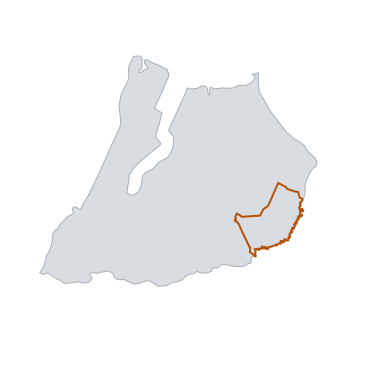 Podor, Saint-Louis, Senegal (highlighted), rotated 114°
{"feature_id": "50182788B66510054428140", "entity_name": "Podor", "entity_type": "district", "adm_level": 2, "iso_a3": "SEN", "parent_name": "Senegal", "parent_adm1": "Saint-Louis", "projection": "robinson", "projection_center": [-14.416, 16.094], "detail": "fine", "context": "in_parent", "style": "outline", "palette": "amber", "viewbox_px": 384, "rotation_deg": 114, "n_neighbors": 0, "source": "geoboundaries", "source_scale": "gbopen_adm2", "svg_char_len": 7879}
<svg xmlns="http://www.w3.org/2000/svg" viewBox="0 0 384 384"><g transform="rotate(114 192 192)"><path d="M288.0,177.0L292.1,185.1L291.2,189.0L290.3,194.6L292.6,198.8L295.4,201.5L297.4,203.9L299.6,207.4L299.9,214.1L299.5,219.0L301.0,221.3L302.2,224.1L301.9,226.4L301.2,228.5L298.5,231.2L298.1,236.3L302.4,242.4L305.2,245.8L305.1,247.7L305.9,249.8L307.9,252.3L309.2,251.7L310.6,249.7L311.2,248.3L314.9,248.9L316.6,249.6L319.0,253.6L319.9,256.3L320.5,259.6L323.0,263.8L325.1,266.8L325.6,268.6L327.5,271.1L326.3,276.7L326.5,279.5L325.2,287.0L324.9,290.5L325.0,291.8L327.9,294.5L327.6,298.3L324.6,297.6L319.5,297.2L309.1,299.1L305.5,298.3L298.7,298.6L293.9,299.7L287.7,302.1L283.0,301.5L280.4,299.6L277.0,299.7L273.2,298.7L269.1,296.8L265.3,295.9L261.3,292.4L259.4,291.8L258.1,292.7L257.0,293.9L255.8,294.6L253.7,293.9L252.8,291.6L253.5,289.3L253.7,287.6L252.7,286.7L250.2,286.4L246.3,286.4L239.9,285.7L238.4,285.3L224.1,284.7L209.3,284.6L196.7,284.5L180.8,284.5L169.6,284.4L159.2,284.4L151.2,288.9L142.5,293.9L130.8,296.6L117.3,295.6L113.0,296.3L108.5,298.5L105.2,300.1L100.6,301.1L94.6,300.3L92.2,300.8L90.7,298.5L88.9,294.8L90.0,292.1L93.7,290.4L99.2,288.1L102.1,289.3L103.8,289.4L104.1,287.9L103.5,287.1L99.4,285.2L97.3,282.6L95.5,284.1L93.9,287.3L92.6,288.2L90.8,289.1L89.7,287.0L89.3,284.9L90.1,283.2L89.7,274.1L90.2,269.2L90.0,265.0L92.6,262.2L95.0,260.4L104.7,260.3L113.6,260.1L122.3,260.2L131.0,260.3L131.9,251.8L134.7,251.1L138.9,250.3L146.6,249.2L155.3,248.2L157.1,246.6L158.6,243.7L159.5,241.2L161.3,240.1L163.7,241.0L166.8,242.3L170.1,244.4L173.9,246.3L176.4,247.5L182.4,250.5L192.7,254.7L201.2,256.3L211.5,253.3L218.9,251.3L219.8,247.6L218.6,244.1L213.1,240.8L205.6,241.2L203.3,242.0L199.8,243.1L197.7,243.6L194.2,242.8L189.7,240.0L186.9,237.1L182.9,235.8L178.3,234.5L170.8,228.6L166.9,227.6L163.2,227.2L156.0,228.4L149.1,231.5L145.4,238.6L138.5,238.5L123.7,238.3L110.1,238.1L98.9,238.6L97.8,233.4L95.1,229.3L90.8,225.8L89.9,222.6L91.4,219.7L95.5,217.4L96.5,215.7L94.3,216.0L91.0,217.5L88.8,217.6L88.6,213.1L84.9,207.3L80.8,197.4L76.2,193.4L72.3,185.5L68.2,182.4L64.4,181.0L61.2,181.3L60.1,184.9L56.1,179.7L61.5,177.8L73.2,171.3L86.7,152.5L98.8,130.3L100.4,125.0L101.8,121.1L102.8,112.0L104.6,106.6L106.2,105.5L108.2,101.4L110.7,94.1L113.5,90.1L116.6,89.3L119.0,89.6L120.8,91.1L125.8,92.1L134.2,92.4L140.7,91.3L145.3,88.8L151.3,87.5L158.8,87.5L162.7,86.4L163.1,84.4L164.1,83.7L165.6,84.6L167.1,84.2L168.5,82.7L169.8,82.6L171.2,83.9L177.4,84.3L188.6,83.8L198.8,87.6L208.3,95.8L213.1,101.2L213.4,103.9L215.0,106.6L217.8,109.4L220.4,109.9L222.8,108.2L224.6,108.4L225.9,110.5L228.6,110.9L231.6,109.6L233.8,110.1L234.2,111.3L234.6,112.0L236.1,112.3L238.1,113.9L240.8,118.2L243.0,124.3L244.8,132.0L247.0,136.2L249.9,136.9L251.5,138.5L251.8,140.3L252.7,141.6L254.0,142.3L256.4,141.9L259.2,144.5L262.2,150.2L262.7,152.7L262.2,154.1L262.4,155.1L264.4,156.1L266.3,157.9L267.9,160.7L271.2,163.2L276.3,165.4L280.0,168.6L282.3,172.9L287.0,176.6L288.0,177.0Z" fill="#d9dde1" stroke="#a8b0b8" stroke-width="1"/><path d="M148.7,116.9L161.3,116.9L162.6,116.8L162.9,116.9L165.3,116.8L167.3,116.9L167.7,116.8L173.9,116.9L178.8,119.9L180.0,119.9L185.5,120.2L185.9,120.2L188.9,126.0L189.4,126.8L194.2,136.0L194.1,136.9L194.2,137.6L194.0,138.0L193.7,139.1L193.6,139.4L193.5,139.6L193.8,141.4L193.7,141.5L193.4,142.2L193.5,142.4L197.4,142.3L198.4,141.2L198.8,140.8L199.2,140.8L199.3,141.0L199.6,141.0L199.7,141.3L199.9,141.4L200.1,141.4L200.4,141.3L200.5,141.3L201.0,140.5L201.2,140.4L201.2,140.2L200.9,139.1L200.9,138.8L200.9,138.7L201.1,138.4L201.8,137.0L202.0,136.6L203.1,135.4L206.3,131.8L212.1,125.2L212.6,124.5L213.8,123.0L215.0,121.6L216.2,120.3L217.4,118.8L218.6,117.4L218.7,116.8L218.7,116.7L218.9,116.5L220.6,115.7L223.4,114.6L223.4,114.2L223.7,113.0L223.9,112.0L224.0,111.6L224.2,110.7L224.3,110.2L224.3,109.8L224.3,109.4L224.8,108.9L225.1,108.5L225.2,108.4L225.2,108.1L225.0,107.8L224.9,107.7L224.7,107.7L224.4,107.9L223.9,108.3L223.4,109.0L222.9,109.3L222.7,109.4L222.2,109.6L221.6,109.6L221.1,109.5L220.8,109.6L220.2,110.0L219.6,110.3L219.4,110.5L219.1,111.1L218.9,111.4L218.7,111.5L218.5,111.2L218.4,111.0L218.3,110.6L218.0,110.5L217.9,110.4L217.7,109.7L217.4,109.3L217.4,109.1L217.3,108.8L217.4,108.5L217.5,108.3L217.8,108.0L217.8,107.8L217.8,107.6L217.6,107.3L217.5,107.2L217.2,107.0L216.9,107.1L216.6,107.3L216.4,107.3L216.2,107.3L215.9,107.1L215.6,106.6L215.5,106.0L215.6,105.5L215.5,105.4L215.4,105.4L215.2,105.5L214.9,105.5L214.7,105.2L214.1,105.3L213.6,105.6L213.2,105.7L213.3,105.2L213.3,104.6L213.4,104.2L213.5,103.9L214.2,103.4L213.9,103.1L213.6,103.0L213.4,102.9L213.1,103.0L212.8,103.0L212.6,103.0L212.5,102.9L212.5,102.6L212.5,101.8L212.4,101.6L212.5,101.4L212.8,101.2L213.1,101.2L213.3,101.3L213.5,101.4L213.8,101.4L213.9,101.0L213.6,100.5L213.6,100.2L213.4,100.1L213.3,99.9L213.2,100.0L213.1,99.9L212.6,99.7L212.1,99.3L211.7,99.3L211.1,99.4L210.8,99.4L210.7,99.2L210.4,98.5L210.2,98.1L209.4,97.2L209.1,96.9L209.0,96.6L208.9,96.5L208.4,96.0L208.2,95.9L208.0,95.7L207.5,95.5L207.4,95.4L207.3,94.9L207.2,94.8L207.0,94.5L206.5,94.1L206.3,94.1L206.0,94.0L205.9,93.9L205.8,93.6L206.0,93.2L206.3,92.8L206.1,92.7L206.0,92.8L205.9,92.9L205.7,93.1L205.3,93.0L205.2,92.9L204.9,92.3L204.7,92.1L204.1,91.8L203.8,91.5L203.5,91.4L203.3,91.2L203.1,91.0L203.1,90.9L203.3,90.2L203.2,90.1L202.8,89.9L202.3,89.5L201.5,89.3L201.3,89.3L201.1,89.4L200.9,89.5L200.7,89.9L200.6,90.3L200.8,90.9L200.7,90.9L200.4,90.2L200.1,89.6L200.0,89.4L199.9,89.2L199.9,88.7L200.0,88.4L200.2,88.2L200.3,88.0L200.2,87.8L200.1,87.7L199.9,87.6L199.8,87.4L199.5,87.3L199.3,87.4L199.2,87.5L199.0,87.9L198.9,88.0L198.2,88.1L197.9,88.3L197.7,88.3L197.4,88.2L197.3,87.8L197.6,86.8L197.6,86.3L197.6,86.0L197.6,85.1L197.4,84.7L197.2,84.5L196.4,84.7L196.0,84.9L195.9,84.9L195.2,84.7L195.1,84.8L194.6,84.9L194.2,85.0L194.0,84.8L193.9,84.7L193.8,84.1L193.7,84.0L193.4,84.0L192.8,84.5L192.7,84.7L192.5,85.2L192.3,85.4L192.2,85.4L191.9,85.4L191.2,85.3L190.5,85.8L190.2,85.9L189.6,85.5L189.4,85.4L189.0,85.3L188.7,85.0L188.3,84.5L188.1,84.4L187.9,84.4L187.9,84.5L187.8,84.9L187.7,85.5L187.4,85.7L187.0,85.4L186.9,85.4L186.4,85.6L186.2,85.6L185.9,85.4L185.8,85.5L185.5,85.7L185.4,85.7L185.3,85.4L185.2,85.3L185.1,85.2L184.8,85.1L184.5,85.2L184.4,85.2L184.2,85.4L184.1,85.6L183.9,85.7L183.6,85.4L183.4,85.0L183.5,85.0L183.8,84.9L183.9,84.6L183.9,84.3L183.8,84.1L183.6,84.1L183.4,84.1L183.0,84.2L182.6,84.3L182.0,84.2L181.8,84.3L181.6,84.3L180.9,84.6L180.7,84.6L180.3,84.3L180.2,84.2L180.0,84.3L180.0,84.7L180.0,84.9L179.7,84.9L179.6,85.0L179.7,85.5L179.3,85.4L179.1,85.2L179.0,84.6L179.0,84.3L178.9,84.1L178.7,84.0L178.5,83.8L178.4,83.8L178.2,83.8L178.0,84.0L177.7,84.4L177.6,84.8L177.4,85.0L177.1,84.9L176.9,84.6L176.5,83.9L176.4,83.8L176.1,83.8L176.0,84.0L175.9,84.3L175.8,84.6L175.7,84.7L175.6,84.8L175.3,84.5L175.1,84.5L174.4,84.7L174.2,84.6L174.0,84.1L173.6,83.5L173.4,83.4L173.1,83.6L172.9,84.3L172.7,84.8L172.4,84.9L172.1,84.8L172.0,84.6L172.0,84.3L172.0,84.1L171.8,84.0L171.6,84.4L171.3,84.6L171.0,84.9L170.8,84.9L170.6,84.8L170.4,84.6L170.3,84.4L170.1,84.0L170.3,83.0L170.2,82.6L169.6,82.3L168.9,81.9L168.6,81.9L168.3,82.1L168.2,82.3L168.1,82.7L168.1,83.1L168.1,83.9L168.1,84.3L167.8,84.5L166.6,85.1L166.2,85.0L165.9,85.0L165.7,85.2L165.4,84.8L165.3,84.6L165.2,84.4L165.0,83.6L164.9,83.4L164.5,82.9L164.4,82.8L164.0,82.7L163.8,82.7L163.4,83.2L162.9,83.9L162.7,84.3L162.7,84.6L162.9,84.9L163.0,85.0L163.6,85.1L163.8,85.1L164.1,85.5L164.2,85.8L164.3,86.1L164.3,86.3L164.0,86.7L163.2,87.4L163.1,87.6L162.9,87.8L162.2,87.7L161.8,87.6L161.1,87.2L160.7,87.1L160.4,87.2L160.2,87.5L160.1,87.8L159.1,88.2L158.6,88.6L158.3,88.9L157.9,89.1L157.7,89.0L157.3,88.8L157.1,88.6L157.0,88.4L156.7,88.2L156.1,88.2L155.6,88.1L155.0,87.8L154.4,87.8L154.2,87.9L153.4,88.6L153.3,89.6L153.3,91.6L148.8,94.9L149.7,98.6L149.9,99.2L149.9,99.8L150.4,106.2L149.2,108.8L148.7,116.9Z" fill="none" stroke="#b45309" stroke-width="2"/></g></svg>